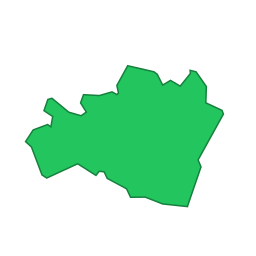 the district of Uror, Jonglei, South Sudan, rotated 295°
{"feature_id": "79223893B11973303944142", "entity_name": "Uror", "entity_type": "district", "adm_level": 2, "iso_a3": "SSD", "parent_name": "South Sudan", "parent_adm1": "Jonglei", "projection": "albers", "projection_center": [32.126, 7.693], "detail": "fine", "context": "isolated", "style": "filled", "palette": "green", "viewbox_px": 256, "rotation_deg": 295, "n_neighbors": 0, "source": "geoboundaries", "source_scale": "gbopen_adm2", "svg_char_len": 729}
<svg xmlns="http://www.w3.org/2000/svg" viewBox="0 0 256 256"><g transform="rotate(295 128 128)"><path d="M183.7,205.8L183.7,187.9L198.7,181.5L207.7,165.9L206.5,159.9L203.8,161.5L188.0,157.6L189.1,146.4L181.6,141.3L189.1,131.7L189.9,127.7L184.3,101.4L161.9,99.9L155.6,104.6L153.6,103.8L154.0,98.3L145.3,88.3L139.4,73.6L130.7,74.4L124.8,83.5L119.3,80.3L117.3,67.6L122.8,46.5L120.0,43.3L108.2,44.5L106.6,54.9L96.4,57.6L97.2,53.7L86.2,42.9L72.4,40.9L71.6,43.4L70.0,48.5L49.1,69.9L48.3,75.5L57.8,83.5L74.3,97.5L71.5,119.0L76.6,120.2L78.2,124.9L73.5,130.5L72.3,152.4L66.3,159.6L72.6,172.7L73.8,191.5L81.9,215.1L82.1,215.0L123.6,210.6L128.7,205.0L180.9,208.6L183.7,205.8Z" fill="#22c55e" stroke="#15803d" stroke-width="1.5"/></g></svg>